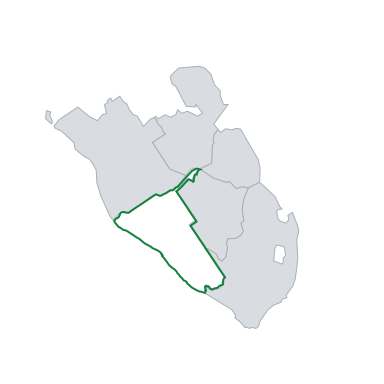 Namibia and the surrounding countries, rotated 326°
{"feature_id": "NAM", "entity_name": "Namibia", "entity_type": "country or territory", "adm_level": 0, "iso_a3": "NAM", "parent_name": "Africa", "parent_adm1": "", "projection": "equal_earth", "projection_center": [18.141, -22.953], "detail": "fine", "context": "with_neighbors", "style": "outline", "palette": "green", "viewbox_px": 384, "rotation_deg": 326, "n_neighbors": 5, "source": "natural_earth", "source_scale": "50m", "svg_char_len": 5924}
<svg xmlns="http://www.w3.org/2000/svg" viewBox="0 0 384 384"><g transform="rotate(326 192 192)"><path d="M145.8,282.5L149.2,277.8L152.0,280.4L153.2,284.5L160.9,287.0L164.7,286.3L171.0,281.4L171.2,246.0L173.2,247.5L177.4,256.6L176.7,262.5L178.3,265.9L183.4,264.9L190.5,257.7L192.3,253.1L195.8,250.9L202.2,254.7L208.1,255.2L212.7,253.0L214.9,245.3L218.9,244.6L223.7,234.5L230.4,227.2L240.9,220.0L253.6,221.6L258.3,242.2L256.6,252.9L257.1,256.4L253.5,254.6L251.4,255.3L248.5,261.7L248.5,265.1L252.5,270.2L256.8,269.2L258.4,265.0L263.8,265.0L260.5,279.9L258.5,284.2L252.0,290.4L242.3,306.7L228.9,321.9L223.4,326.1L212.5,330.2L211.5,332.8L207.4,331.4L203.9,333.1L196.4,331.4L189.3,332.0L176.2,337.1L171.9,340.6L168.7,340.8L165.8,337.5L163.5,337.3L160.5,333.2L160.2,334.5L159.3,326.6L157.1,320.4L159.3,318.7L159.1,311.6L145.8,282.5ZM237.9,289.0L232.5,283.2L229.1,285.1L221.2,294.8L226.3,302.1L228.8,301.1L230.2,298.1L234.2,296.7L237.9,289.0Z" fill="#d9dde1" stroke="#a8b0b8" stroke-width="1"/><path d="M253.6,221.6L240.9,220.0L236.3,215.6L230.7,214.1L228.8,204.4L225.7,203.3L217.6,192.5L211.2,177.1L224.3,179.1L235.1,164.5L237.7,163.7L238.7,160.3L243.0,156.3L248.6,154.9L249.0,158.6L255.2,158.4L260.2,163.0L263.7,163.7L267.4,166.9L265.0,202.5L261.7,210.5L253.6,221.6Z" fill="#d9dde1" stroke="#a8b0b8" stroke-width="1"/><path d="M240.9,220.0L230.4,227.2L223.7,234.5L218.9,244.6L214.9,245.3L212.7,253.0L208.1,255.2L202.2,254.7L195.8,250.9L192.3,253.1L190.5,257.7L183.4,264.9L178.3,265.9L176.7,262.5L177.4,256.6L173.2,247.5L171.2,246.0L171.4,217.6L178.6,217.3L179.0,182.2L195.9,178.4L198.7,182.5L203.4,178.6L211.2,177.1L217.6,192.5L225.7,203.3L228.8,204.4L230.7,214.1L236.3,215.6L240.9,220.0Z" fill="#d9dde1" stroke="#a8b0b8" stroke-width="1"/><path d="M250.3,81.8L268.3,91.8L271.8,96.3L273.6,104.9L270.6,115.8L271.9,124.1L269.4,127.6L267.0,137.0L270.8,139.6L248.1,147.8L248.6,154.9L243.0,156.3L238.7,160.3L237.7,163.7L235.1,164.5L224.3,179.1L211.2,177.1L206.9,173.3L202.1,172.7L196.0,175.0L186.3,160.6L186.9,128.8L202.4,128.9L201.8,125.4L202.9,121.7L201.7,117.0L202.6,112.1L201.8,108.9L204.4,109.2L204.8,112.3L213.0,113.0L215.5,117.6L221.5,119.0L226.1,115.8L227.7,121.1L233.4,122.5L239.1,132.3L244.8,132.4L244.3,121.5L242.3,123.4L235.1,117.7L237.6,95.6L236.0,91.1L238.2,84.7L240.2,83.5L250.3,81.8Z" fill="#d9dde1" stroke="#a8b0b8" stroke-width="1"/><path d="M119.7,46.7L117.0,48.8L115.6,55.9L113.6,56.9L111.6,49.3L116.9,43.2L119.7,46.7ZM114.7,60.1L122.6,57.7L144.9,57.8L148.9,71.5L153.5,80.1L161.0,77.8L165.1,79.2L168.2,70.8L172.8,70.4L173.2,68.7L177.1,68.6L176.4,72.3L185.6,72.2L185.7,78.6L187.2,82.5L186.1,88.6L186.6,94.8L189.1,98.5L188.6,110.5L198.4,108.3L201.8,108.9L202.6,112.1L201.7,117.0L202.9,121.7L201.8,125.4L202.4,128.9L186.9,128.8L186.3,160.6L196.0,175.0L182.4,179.0L164.6,177.6L159.5,172.9L128.4,174.0L123.9,169.5L119.1,169.2L111.2,172.8L110.4,166.5L114.2,144.3L118.3,131.2L124.9,120.1L125.6,112.7L125.2,107.0L122.9,103.4L119.0,91.2L121.7,85.1L117.8,68.5L114.0,62.1L114.7,60.1Z" fill="#d9dde1" stroke="#a8b0b8" stroke-width="1"/><path d="M197.3,176.1L198.8,175.7L200.4,175.3L202.1,175.0L203.5,174.6L203.9,174.6L207.3,174.9L208.7,175.2L209.2,175.4L209.9,176.1L211.1,177.7L210.8,177.6L208.5,177.9L207.7,178.4L205.7,180.2L205.3,180.0L204.8,179.6L204.4,179.5L203.6,179.9L202.7,180.5L201.8,181.2L201.0,182.0L200.8,182.4L199.5,183.9L199.1,184.2L198.8,184.3L198.6,184.2L198.5,183.5L197.8,182.0L196.6,180.0L196.3,179.8L196.0,179.7L195.1,179.8L192.6,180.4L190.4,180.9L187.1,181.7L183.5,182.3L181.4,182.7L179.4,182.9L179.4,184.9L179.4,188.9L179.4,192.9L179.4,197.0L179.4,201.0L179.3,205.0L179.3,209.0L179.3,213.0L179.3,217.0L179.3,218.7L179.2,219.1L178.1,219.1L175.7,219.1L173.6,219.1L172.0,219.1L171.9,221.5L171.9,224.3L171.9,227.1L171.9,229.9L171.9,232.7L171.9,235.4L171.9,238.2L171.9,241.0L171.9,243.8L171.8,245.9L171.8,246.1L171.8,250.2L171.8,254.5L171.8,258.7L171.8,263.0L171.7,267.3L171.7,271.5L171.7,275.8L171.7,280.0L171.7,281.3L170.9,281.3L169.4,281.8L168.5,282.5L168.1,283.3L167.6,283.8L166.9,284.0L166.6,284.4L166.7,285.1L166.4,285.6L165.8,286.0L164.8,285.9L163.5,285.3L161.8,285.2L159.8,285.5L158.3,285.3L157.4,284.8L156.4,284.4L155.4,284.4L154.8,284.1L153.6,283.7L153.4,283.0L153.3,282.4L152.9,281.8L152.9,281.4L153.1,281.0L153.2,280.4L153.0,279.6L152.7,279.2L152.2,279.3L151.9,278.9L151.8,278.3L151.5,277.8L150.8,277.4L150.0,277.7L149.5,278.3L149.3,279.1L149.1,279.6L149.0,280.3L148.9,280.8L148.7,281.4L148.5,281.6L148.2,281.5L147.8,281.7L146.8,282.5L146.5,282.9L145.7,282.2L143.4,279.3L142.5,278.5L141.3,276.7L138.5,271.2L138.2,270.1L137.6,267.5L137.0,265.5L136.9,264.3L137.2,263.7L137.0,262.8L136.7,262.0L135.8,261.0L135.5,257.5L134.8,255.3L135.0,253.4L134.6,251.7L134.6,250.7L134.7,248.6L134.2,246.2L133.2,243.9L132.2,240.5L132.1,239.1L132.1,235.1L131.9,233.5L131.9,231.6L131.6,229.6L131.4,228.6L131.6,227.7L131.8,228.0L132.1,228.1L132.2,227.0L132.3,226.0L131.8,223.5L130.7,221.0L128.1,216.8L127.5,215.3L127.1,213.9L124.2,208.5L123.0,204.6L122.1,201.3L121.2,199.8L116.7,188.9L115.8,187.1L114.0,185.1L113.6,184.4L112.9,182.4L111.6,179.7L111.3,177.2L111.1,174.4L111.3,172.3L112.4,172.0L113.3,171.5L114.0,171.4L114.7,171.9L115.5,171.9L115.8,171.8L117.2,171.9L118.0,171.4L119.0,170.9L119.5,170.4L120.3,169.9L121.3,169.5L121.9,169.5L122.6,169.7L123.5,169.9L124.1,170.2L124.7,171.2L125.7,172.1L126.4,172.6L127.2,173.4L127.5,173.6L127.9,173.8L128.1,173.8L129.6,173.7L131.0,173.6L132.5,173.6L135.4,173.6L138.2,173.6L141.0,173.7L143.8,173.7L146.7,173.7L149.5,173.7L152.3,173.7L155.1,173.7L156.3,173.7L158.3,173.7L160.4,173.7L160.7,173.8L160.9,174.0L161.1,174.2L161.9,175.4L162.8,176.8L163.6,177.4L164.6,177.8L165.5,177.9L166.3,177.8L167.7,178.0L169.6,178.4L171.6,178.5L173.7,178.4L175.2,178.6L176.0,179.2L176.9,179.7L177.8,179.9L179.0,179.8L180.5,179.3L181.8,179.3L182.4,179.7L182.7,179.7L185.0,179.2L186.8,178.8L189.4,178.1L191.7,177.5L194.9,176.7L197.3,176.1Z" fill="none" stroke="#15803d" stroke-width="2"/></g></svg>